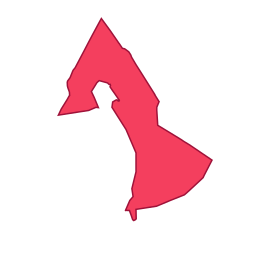 Reifi Kassla, Kassala, Sudan (Natural Earth projection), rotated 309°
{"feature_id": "16777658B3769079063022", "entity_name": "Reifi Kassla", "entity_type": "district", "adm_level": 2, "iso_a3": "SDN", "parent_name": "Sudan", "parent_adm1": "Kassala", "projection": "natural_earth1", "projection_center": [36.343, 15.263], "detail": "fine", "context": "isolated", "style": "filled", "palette": "rose", "viewbox_px": 256, "rotation_deg": 309, "n_neighbors": 0, "source": "geoboundaries", "source_scale": "gbopen_adm2", "svg_char_len": 1376}
<svg xmlns="http://www.w3.org/2000/svg" viewBox="0 0 256 256"><g transform="rotate(309 128 128)"><path d="M134.0,102.5L125.6,127.4L113.7,149.9L99.0,161.8L83.3,169.2L77.9,175.1L72.8,175.0L62.4,177.9L62.4,178.0L62.5,178.0L64.8,181.1L64.5,181.6L64.1,182.2L63.9,182.5L63.6,183.0L62.9,184.2L61.8,186.0L59.7,189.3L59.7,190.7L61.5,191.5L62.6,191.5L69.8,185.4L85.2,199.4L98.4,206.5L111.6,213.9L118.2,215.0L136.7,217.6L139.0,217.0L155.9,213.5L153.7,187.5L153.7,187.1L152.7,179.8L152.5,177.0L149.8,156.7L148.8,149.4L160.0,139.1L162.3,137.3L167.9,135.6L168.0,135.6L170.4,128.7L170.7,127.8L170.9,127.8L179.9,101.4L182.2,94.5L185.3,86.2L186.5,84.2L187.7,80.6L187.6,78.6L187.6,78.4L187.5,76.2L187.4,75.4L186.4,73.5L188.1,68.0L188.1,67.7L189.1,64.4L192.5,52.8L196.3,38.4L192.3,39.1L177.9,41.8L169.3,43.5L160.4,45.3L145.2,48.3L141.6,49.0L140.6,49.0L138.4,49.0L137.2,49.3L135.6,49.8L130.7,51.3L126.4,51.5L125.2,52.1L122.6,54.4L121.4,56.0L119.1,59.8L116.5,62.2L115.9,62.1L111.9,62.8L100.7,64.2L94.2,65.8L109.9,80.0L113.8,83.6L116.9,86.4L123.9,90.1L124.9,91.7L125.2,92.2L130.4,82.6L133.3,76.6L142.2,75.5L143.4,75.3L145.1,75.5L146.7,75.8L149.9,83.1L150.2,84.1L150.0,84.8L150.0,86.0L150.7,86.7L150.1,87.6L148.7,88.1L147.4,92.3L146.6,95.2L144.1,103.8L143.2,104.0L142.8,103.2L143.2,102.7L142.5,101.2L141.3,100.7L138.6,99.7L134.0,102.5Z" fill="#f43f5e" stroke="#9f1239" stroke-width="1.5"/></g></svg>